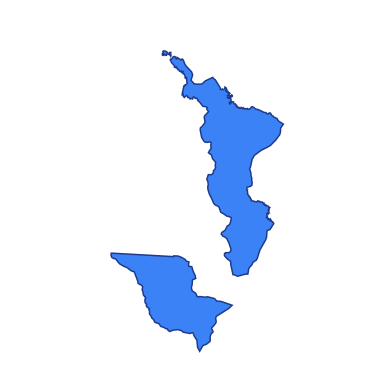 outline of Konawe, Sulawesi Tenggara, Indonesia, rotated 229°
{"feature_id": "22746128B78249855862414", "entity_name": "Konawe", "entity_type": "district", "adm_level": 2, "iso_a3": "IDN", "parent_name": "Indonesia", "parent_adm1": "Sulawesi Tenggara", "projection": "mercator", "projection_center": [122.048, -3.513], "detail": "fine", "context": "isolated", "style": "filled", "palette": "blue", "viewbox_px": 384, "rotation_deg": 229, "n_neighbors": 0, "source": "geoboundaries", "source_scale": "gbopen_adm2", "svg_char_len": 6077}
<svg xmlns="http://www.w3.org/2000/svg" viewBox="0 0 384 384"><g transform="rotate(229 192 192)"><path d="M183.3,305.5L188.2,304.0L189.9,303.9L191.5,304.4L195.1,302.8L195.8,303.1L197.0,302.5L197.9,302.5L199.7,303.0L201.0,302.3L201.0,300.6L201.5,300.0L203.5,299.9L204.7,298.6L208.8,297.0L211.7,295.4L212.9,294.4L215.2,294.2L217.0,293.3L217.2,292.3L216.6,290.8L217.4,288.9L218.8,288.5L218.6,287.7L219.5,287.3L219.9,286.5L220.5,286.5L221.3,285.3L221.6,285.6L221.6,285.0L223.1,285.0L222.9,284.3L223.2,283.6L223.7,283.3L224.3,283.6L224.5,282.8L225.3,283.2L224.8,282.7L225.0,282.2L226.9,282.5L227.0,282.2L226.3,281.9L227.2,281.4L227.6,282.1L228.2,282.0L228.6,282.5L229.5,282.1L230.0,282.4L230.2,281.8L231.4,281.6L232.6,282.4L233.4,282.0L233.9,281.4L234.1,280.3L233.5,279.6L233.3,278.8L233.8,278.3L234.7,278.4L234.9,279.2L234.6,280.2L235.2,280.4L235.2,281.2L236.3,282.3L237.7,282.5L238.9,280.8L239.7,280.8L238.4,282.4L237.8,284.6L237.8,285.2L238.5,285.8L239.2,285.6L238.9,284.7L240.2,283.9L239.6,283.4L239.7,283.0L240.5,282.7L241.2,281.7L241.6,281.9L241.5,282.8L240.7,283.0L241.8,283.9L241.6,285.3L242.2,285.4L243.0,284.3L244.0,285.1L244.5,285.1L244.6,284.3L245.2,284.4L245.3,283.7L245.8,283.7L246.6,284.3L246.3,285.4L247.4,285.6L247.7,286.0L249.2,285.9L249.6,285.6L248.7,284.9L248.4,283.4L248.6,282.7L250.0,282.4L250.0,281.2L250.7,280.7L252.4,281.7L261.4,283.2L262.4,282.8L264.9,282.8L267.1,275.1L267.0,270.4L270.1,266.4L272.4,264.6L277.0,264.6L279.9,269.3L282.9,270.5L290.6,270.2L293.2,270.5L297.3,272.0L298.5,272.0L299.0,271.4L298.7,270.7L299.2,270.0L300.3,270.0L303.1,269.1L302.4,268.6L302.7,267.5L305.1,268.0L305.9,267.6L306.4,266.2L305.7,264.5L306.3,262.7L306.1,262.3L302.7,261.4L298.8,261.6L298.0,260.8L297.2,261.7L297.0,261.0L296.6,261.2L296.0,262.3L295.1,261.7L293.6,261.7L293.3,262.1L291.8,261.9L291.8,263.0L291.5,262.0L291.0,262.1L289.5,262.6L289.8,263.4L289.5,263.3L289.1,263.8L289.1,263.4L288.5,263.7L288.5,262.9L287.3,262.8L286.8,263.4L286.1,263.4L283.5,262.6L282.8,261.7L282.0,261.8L282.6,262.7L281.9,262.9L281.4,262.1L280.3,262.0L278.6,260.4L277.0,259.6L276.9,258.4L277.3,257.3L276.9,256.2L277.4,256.1L277.3,255.3L271.8,248.2L271.3,248.8L272.3,249.3L271.7,249.6L270.1,248.3L268.4,248.2L268.4,251.0L267.2,251.4L266.1,250.8L264.8,251.9L263.4,251.6L262.9,252.9L261.8,253.5L262.9,255.2L262.4,255.8L260.5,256.0L260.1,256.9L257.4,257.0L257.3,256.4L254.7,256.7L249.6,256.4L247.2,258.4L245.8,258.8L244.8,257.5L241.8,257.2L241.2,251.4L240.4,250.3L236.3,247.7L235.8,247.0L234.9,242.7L234.9,240.5L233.6,239.0L227.1,235.2L223.2,234.4L221.5,234.4L220.3,235.2L219.0,236.6L218.6,237.8L217.5,238.7L216.7,238.8L214.6,236.5L212.2,235.0L212.0,233.1L210.9,230.2L209.5,230.3L207.4,231.1L203.5,229.3L199.1,229.4L196.2,226.4L194.9,225.9L194.2,224.2L194.0,222.1L192.9,221.1L192.1,219.5L192.5,217.7L194.4,215.7L191.9,211.5L189.9,211.0L188.4,210.1L187.0,209.2L185.5,207.2L183.3,205.6L178.9,203.7L171.5,201.8L169.7,201.0L167.1,201.0L164.1,202.3L162.7,202.4L157.9,200.4L155.0,201.5L151.0,202.4L148.9,204.0L146.6,204.8L143.1,199.9L142.8,198.1L143.2,196.3L141.4,191.9L141.9,187.8L141.0,186.4L138.2,186.3L137.0,187.1L134.1,187.7L129.5,186.5L123.9,184.2L122.5,183.2L121.8,181.7L122.0,180.3L122.7,179.1L124.1,177.8L124.2,176.1L122.6,174.7L118.4,174.7L114.5,175.6L111.0,173.2L102.7,168.7L101.3,169.9L98.5,171.1L95.1,178.2L93.4,180.3L96.6,184.2L97.3,185.4L97.7,189.3L98.9,191.7L98.4,195.8L98.9,197.3L103.8,205.5L107.5,216.1L108.8,218.4L113.3,222.9L113.3,224.5L112.5,226.2L114.5,233.0L116.7,233.4L116.9,232.9L117.8,232.7L118.6,233.2L119.0,232.6L120.1,233.3L120.0,232.1L120.7,232.4L121.0,232.1L121.0,232.5L121.5,232.5L122.1,232.1L121.9,231.7L122.2,231.5L123.3,231.7L123.2,232.3L123.8,232.5L124.2,232.0L124.5,233.1L125.7,233.4L125.9,233.9L126.6,234.4L126.6,234.9L125.5,235.0L125.8,235.5L125.6,236.1L126.4,235.7L126.5,237.0L127.1,237.4L128.0,237.4L128.0,238.1L128.5,238.2L128.4,238.8L128.9,239.0L128.8,239.5L129.1,240.0L129.6,239.9L129.5,240.5L130.5,240.1L131.7,240.1L132.1,239.5L133.3,239.4L133.2,238.8L134.2,238.3L134.5,238.9L135.3,238.8L135.6,238.2L136.6,239.0L137.0,238.2L138.2,238.5L139.0,237.6L140.4,236.9L140.6,236.2L141.3,236.5L142.2,235.7L142.2,234.4L143.1,233.4L144.9,232.5L146.1,231.2L147.3,231.2L147.6,231.9L149.1,231.8L149.8,232.5L151.3,232.0L152.3,232.7L153.6,232.3L155.4,233.9L157.0,234.7L157.2,235.2L157.6,234.9L158.2,235.3L159.5,236.6L157.8,240.0L157.8,241.6L159.2,243.2L160.5,244.2L161.1,244.2L163.0,246.0L166.5,247.8L167.5,248.8L170.7,250.3L171.6,250.5L172.5,252.5L177.2,258.8L178.7,263.1L178.1,271.7L176.2,278.8L175.7,281.9L176.2,289.1L177.8,296.0L179.3,298.2L182.1,300.8L183.3,305.5ZM80.2,148.0L90.6,142.0L93.4,139.1L96.8,139.1L102.6,135.1L104.5,132.4L107.4,129.9L109.5,127.3L113.3,128.4L117.2,127.3L120.1,128.6L122.0,131.3L125.4,134.7L124.3,138.1L127.2,139.7L130.7,140.6L135.8,142.8L138.1,140.8L139.6,141.9L141.2,143.8L143.3,142.5L146.0,142.5L150.0,141.0L152.9,139.4L155.8,136.3L155.4,135.6L198.8,91.0L197.6,89.5L195.5,88.6L193.5,89.1L191.4,90.5L185.4,90.2L180.9,91.7L177.6,93.4L173.2,94.2L171.2,95.0L169.8,96.1L160.6,92.7L158.2,91.3L155.3,92.6L153.8,92.8L152.3,92.2L151.2,90.4L148.5,89.3L146.1,87.7L144.8,87.9L144.4,87.6L143.7,88.0L143.2,87.5L142.4,87.5L141.5,85.6L139.1,84.0L137.0,84.1L136.5,83.1L135.0,82.5L132.0,83.3L131.4,82.1L129.9,81.8L127.9,79.9L124.9,79.7L123.5,79.0L121.0,79.3L118.0,78.5L114.2,80.7L111.3,80.3L110.5,80.5L109.0,81.6L105.7,82.8L104.8,83.7L103.3,83.2L101.4,83.6L100.1,87.1L97.4,91.0L94.3,93.1L92.6,93.2L91.3,93.9L86.4,97.8L85.7,99.9L85.0,100.3L81.9,99.2L76.8,98.4L71.1,94.3L66.8,93.3L69.0,99.7L67.7,102.6L67.4,107.5L68.4,108.8L71.1,110.9L72.5,113.7L72.4,115.8L73.2,116.5L76.2,117.3L76.7,118.0L76.7,119.8L77.5,124.0L78.4,125.3L81.2,127.0L82.2,128.8L80.0,143.4L80.2,148.0ZM314.8,261.4L312.6,261.6L311.9,262.4L313.4,264.8L314.1,265.0L316.2,264.1L317.2,263.0L317.2,262.2L316.9,261.9L314.8,261.4ZM312.1,266.5L311.5,264.5L309.5,265.4L308.4,265.0L309.0,266.0L310.4,266.2L311.0,265.9L310.8,267.3L311.2,267.6L312.1,266.5ZM315.5,261.1L315.8,260.5L315.6,260.0L314.6,259.5L313.8,260.0L313.9,261.0L315.5,261.1Z" fill="#3b82f6" stroke="#1e3a8a" stroke-width="1.5"/></g></svg>